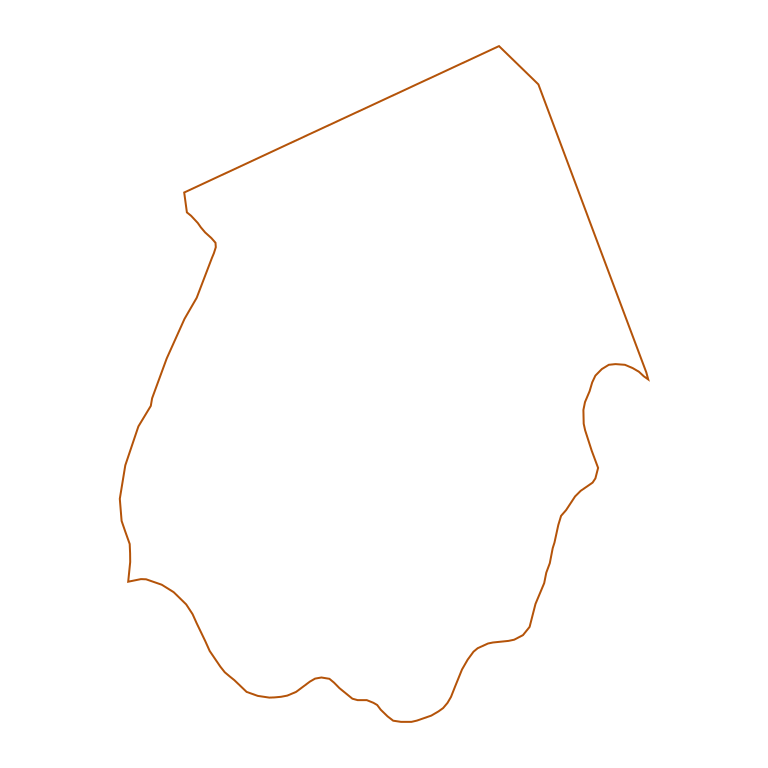 Júlio Borges, Piauí, Brazil (orthographic projection)
{"feature_id": "56859067B47361229033127", "entity_name": "Júlio Borges", "entity_type": "district", "adm_level": 2, "iso_a3": "BRA", "parent_name": "Brazil", "parent_adm1": "Piauí", "projection": "orthographic", "projection_center": [-44.174, -10.418], "detail": "fine", "context": "isolated", "style": "outline", "palette": "amber", "viewbox_px": 768, "rotation_deg": 0, "n_neighbors": 0, "source": "geoboundaries", "source_scale": "gbopen_adm2", "svg_char_len": 1516}
<svg xmlns="http://www.w3.org/2000/svg" viewBox="0 0 768 768"><path d="M499.0,46.1L341.5,119.3L308.1,134.8L184.2,192.5L186.9,212.4L191.1,215.8L197.8,223.0L200.8,227.3L205.1,232.4L211.4,238.1L215.5,242.8L215.8,247.2L213.9,253.2L211.9,258.0L196.7,297.8L184.5,318.9L166.7,358.5L152.1,398.3L150.8,405.9L138.4,426.4L125.3,465.3L119.8,498.8L121.6,520.9L125.1,531.1L129.7,544.0L130.1,553.3L130.2,562.0L128.2,581.7L141.0,579.1L146.1,579.3L161.7,584.7L173.7,592.2L186.2,604.4L192.6,614.2L196.6,623.1L205.3,641.2L209.7,651.0L220.3,666.6L224.8,672.3L229.8,676.5L234.3,680.1L246.6,691.9L257.8,695.9L269.3,697.6L274.6,697.4L281.0,696.8L287.3,695.6L296.1,691.9L309.9,681.6L315.1,678.6L321.4,677.5L329.4,678.8L334.0,682.6L339.5,688.2L352.4,698.7L357.5,700.1L366.7,700.1L373.4,702.8L377.2,705.0L380.7,709.7L387.6,716.4L393.2,720.7L401.2,721.9L411.3,721.9L416.9,720.6L431.3,715.6L438.5,711.4L443.1,708.1L447.5,702.9L451.0,696.9L455.1,686.5L462.0,669.5L467.7,659.6L473.5,651.7L477.7,648.2L488.0,643.5L492.9,642.5L508.5,640.9L514.2,639.7L523.0,635.1L529.6,626.9L535.5,603.9L544.2,583.1L546.3,572.6L549.8,563.2L552.7,548.2L554.5,542.5L558.3,525.0L561.1,515.8L566.1,510.1L575.1,496.4L580.7,490.8L592.6,482.6L595.4,478.4L598.1,467.9L591.7,450.7L585.1,430.2L583.7,423.8L583.4,410.0L585.0,402.1L589.6,391.2L592.2,382.4L595.4,375.6L601.8,369.1L608.8,364.8L615.5,364.1L624.9,364.8L632.7,368.1L639.0,371.8L643.8,376.3L648.2,379.4L646.3,372.4L588.8,219.1L586.4,212.6L538.4,84.4L499.0,46.1Z" fill="none" stroke="#b45309" stroke-width="2"/></svg>